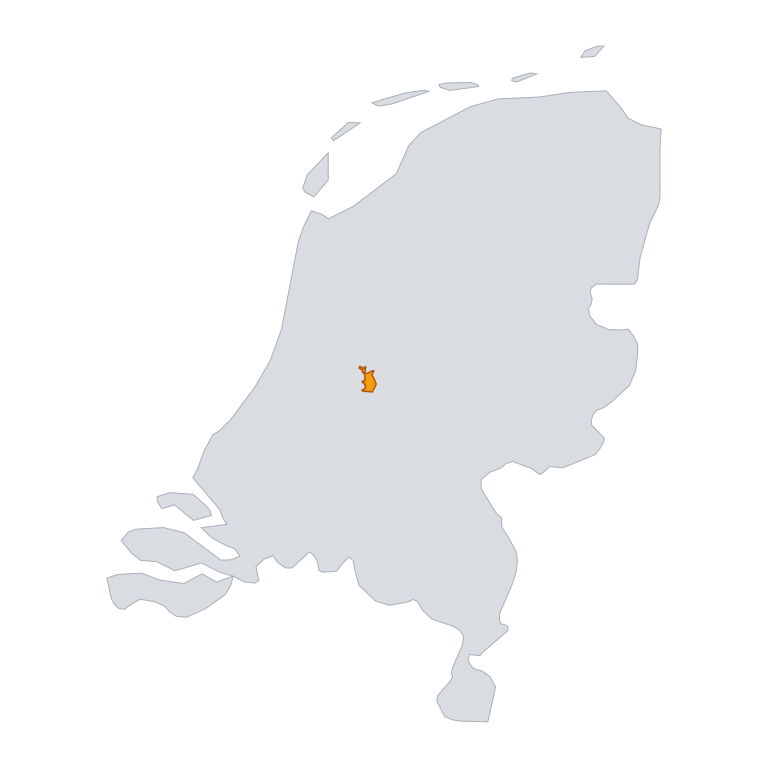 Hilversum, Noord-Holland, Netherlands shown in context
{"feature_id": "6326949B10155979142139", "entity_name": "Hilversum", "entity_type": "district", "adm_level": 2, "iso_a3": "NLD", "parent_name": "Netherlands", "parent_adm1": "Noord-Holland", "projection": "mercator", "projection_center": [5.144, 52.232], "detail": "fine", "context": "in_parent", "style": "filled", "palette": "amber", "viewbox_px": 768, "rotation_deg": 0, "n_neighbors": 0, "source": "geoboundaries", "source_scale": "gbopen_adm2", "svg_char_len": 5491}
<svg xmlns="http://www.w3.org/2000/svg" viewBox="0 0 768 768"><path d="M487.8,721.9L473.1,721.4L459.4,721.0L452.2,719.8L444.5,716.4L441.0,709.3L436.7,700.7L437.9,695.4L450.7,680.5L452.6,676.3L451.3,674.1L452.6,667.5L462.4,645.1L463.7,636.2L459.3,629.9L453.0,626.1L432.3,619.4L422.4,610.0L417.9,601.8L413.3,599.5L406.5,602.3L389.4,605.3L375.4,600.9L359.0,585.3L355.2,571.4L353.1,560.7L349.0,557.0L343.5,562.5L336.5,571.2L322.7,572.2L318.7,570.2L318.1,565.4L317.3,560.8L313.5,555.1L309.4,551.9L291.9,568.0L285.3,567.9L277.1,561.8L273.0,555.7L264.0,559.2L256.0,566.6L258.7,580.6L254.4,583.1L244.4,581.9L233.1,576.1L220.5,572.6L201.5,563.0L174.9,570.8L156.4,561.5L141.0,560.5L131.5,553.1L121.1,540.4L128.4,532.1L135.5,529.2L163.6,527.6L184.1,532.7L220.9,560.1L230.2,559.9L240.0,556.4L235.0,549.0L225.8,545.4L212.1,538.0L201.2,527.7L226.8,524.3L223.3,519.0L219.9,509.8L192.9,477.8L197.5,469.1L204.3,450.4L212.8,434.9L219.5,430.7L230.6,419.7L254.7,387.4L270.1,360.9L281.5,329.5L298.2,242.3L303.2,227.5L311.3,210.9L321.4,214.0L328.4,218.8L353.4,206.3L396.2,173.8L408.8,145.5L421.2,132.4L470.4,106.7L497.6,99.0L539.5,97.0L569.8,92.4L606.2,90.8L620.1,106.6L628.1,118.3L641.0,124.7L661.1,129.1L659.9,152.0L660.0,197.0L658.5,205.0L649.5,223.9L640.0,257.8L637.4,280.0L634.6,284.2L596.4,284.1L591.0,288.0L590.2,292.8L592.2,298.5L591.2,304.1L588.3,308.7L589.9,316.1L596.5,324.4L608.6,329.5L621.5,330.0L628.1,329.1L632.9,335.0L637.7,344.2L637.4,355.7L635.5,371.1L629.4,385.3L611.8,401.7L603.9,407.5L596.5,410.4L593.0,414.7L591.3,420.2L591.7,425.1L604.2,438.2L603.9,441.2L600.3,448.0L595.5,454.4L563.2,467.7L549.8,466.6L542.2,473.2L539.9,474.5L531.4,468.4L512.6,461.4L505.5,463.8L501.6,467.7L489.7,472.3L481.2,479.6L481.2,489.0L496.2,513.2L501.5,517.9L501.8,527.0L509.0,538.3L516.5,552.4L517.3,561.4L516.4,570.5L512.6,583.4L499.6,613.5L499.4,619.3L500.5,623.7L505.0,624.9L508.3,627.1L507.3,631.2L483.0,652.0L479.9,655.6L469.7,654.6L468.1,658.1L469.5,663.7L473.5,668.6L482.2,671.1L489.6,676.4L495.6,686.7L487.8,721.9ZM233.1,576.1L231.0,584.8L225.4,594.4L206.3,608.2L186.4,617.3L176.1,616.2L169.1,611.4L165.3,606.5L154.7,601.7L140.1,599.2L131.0,604.4L124.5,609.4L118.8,608.5L114.5,604.4L111.2,598.1L106.9,578.1L117.8,574.5L141.4,573.1L159.7,580.1L183.7,583.5L202.1,573.9L216.6,582.1L233.1,576.1ZM193.2,494.3L207.3,507.0L210.3,511.1L211.3,515.4L193.5,520.4L174.5,504.9L161.9,508.6L157.2,501.2L157.1,496.6L170.1,492.7L193.2,494.3ZM328.2,180.0L313.9,196.9L305.2,192.2L302.7,188.3L307.1,175.0L328.2,152.9L328.2,180.0ZM391.5,104.1L378.1,106.1L372.0,102.7L404.4,93.1L424.9,90.2L428.5,91.5L391.5,104.1ZM478.4,86.5L450.0,90.4L440.4,87.4L438.8,84.6L446.6,83.0L470.8,82.5L478.3,85.0L478.4,86.5ZM360.2,122.9L333.6,140.6L331.3,137.8L348.5,122.4L360.2,122.9ZM594.5,56.5L581.1,57.3L584.9,50.9L597.3,46.1L604.0,46.1L594.5,56.5ZM536.7,73.9L516.5,82.1L511.6,80.4L512.8,78.0L530.5,72.9L536.7,73.9Z" fill="#d9dde1" stroke="#a8b0b8" stroke-width="1"/><path d="M376.1,383.8L374.5,380.1L374.1,378.9L373.2,377.0L371.8,375.4L372.5,373.8L373.4,372.0L373.9,370.9L373.5,370.6L371.5,371.4L371.2,371.5L371.0,371.4L370.9,371.4L370.9,371.5L370.6,371.6L370.4,371.6L370.2,371.7L370.2,371.8L369.7,372.1L367.9,373.5L367.4,373.4L364.9,372.7L364.7,372.6L364.4,372.6L364.4,372.4L364.4,372.2L364.4,371.8L364.5,371.7L364.8,371.4L364.9,371.1L365.0,370.9L365.2,370.5L365.3,370.2L365.4,369.9L365.3,369.5L365.3,369.3L365.3,369.2L365.1,369.0L365.0,368.9L365.2,368.7L364.9,368.4L365.3,367.9L365.7,367.4L365.7,367.2L365.1,366.7L365.0,367.0L365.0,367.3L364.8,367.5L364.7,367.7L364.5,367.8L364.4,368.1L364.2,368.2L363.9,368.3L363.8,368.2L363.7,368.1L363.4,368.2L363.1,368.2L362.9,368.1L362.7,368.1L362.5,367.9L362.4,367.9L362.4,367.7L362.2,367.5L362.1,367.4L361.9,367.4L361.7,367.3L361.6,367.2L361.2,367.1L360.9,367.1L360.7,367.0L360.6,366.9L360.4,366.7L360.2,366.6L359.9,366.5L359.7,366.5L359.7,366.8L359.6,367.0L359.4,367.2L359.4,367.3L359.3,367.5L359.3,367.8L359.3,368.0L359.3,368.3L359.5,368.4L359.6,368.5L359.9,368.6L360.0,368.8L360.5,369.0L361.7,369.3L361.8,369.4L361.8,369.5L361.9,369.8L362.0,369.9L362.0,370.1L362.1,370.3L362.2,370.5L362.2,370.8L362.3,371.0L362.4,371.3L362.5,371.9L362.6,372.4L362.7,372.5L362.8,372.6L363.6,372.6L364.2,372.6L364.3,373.4L364.3,373.5L364.3,373.9L364.7,373.9L364.7,374.7L364.7,375.1L364.7,375.7L364.7,375.9L364.8,375.9L364.9,376.3L365.0,376.3L365.1,376.5L365.1,376.8L365.1,377.0L365.0,377.3L365.0,377.5L364.9,377.6L364.9,378.2L365.0,379.5L365.0,380.6L364.8,380.8L364.5,380.8L363.5,380.9L363.3,380.9L363.0,380.9L363.0,381.4L363.3,381.4L363.3,381.6L363.0,381.6L362.3,381.6L362.2,381.7L362.2,381.8L362.2,382.0L362.3,382.3L362.5,382.4L362.7,382.5L362.8,382.5L363.1,382.7L363.1,382.8L363.3,382.8L363.8,383.2L363.9,383.3L364.0,383.5L364.2,383.8L364.3,383.8L364.4,384.1L364.5,384.3L364.6,384.5L364.7,384.8L364.7,384.7L364.9,384.6L365.0,384.7L365.1,384.8L364.8,384.9L364.9,385.1L365.1,385.5L365.4,386.0L365.5,386.3L365.5,386.5L365.6,386.8L365.6,387.0L365.5,387.3L365.4,387.6L365.1,388.0L364.9,388.2L364.7,388.5L364.2,388.8L363.8,389.2L363.6,389.3L363.4,389.5L363.2,389.6L362.9,389.7L362.8,389.8L362.7,389.8L362.3,390.0L362.1,390.0L362.2,390.4L362.3,390.5L362.4,390.9L362.5,391.1L363.0,391.2L363.3,391.2L363.5,391.2L363.8,391.2L364.1,391.2L364.1,391.3L364.4,391.3L364.5,391.3L364.8,391.3L365.0,391.3L367.5,391.5L368.6,391.6L369.2,391.6L369.6,391.7L370.1,391.7L371.8,391.9L372.1,391.9L372.3,391.8L374.4,388.0L374.6,387.6L375.1,386.6L375.6,385.6L375.9,385.2L376.1,383.8Z" fill="#f59e0b" stroke="#b45309" stroke-width="1.5"/></svg>